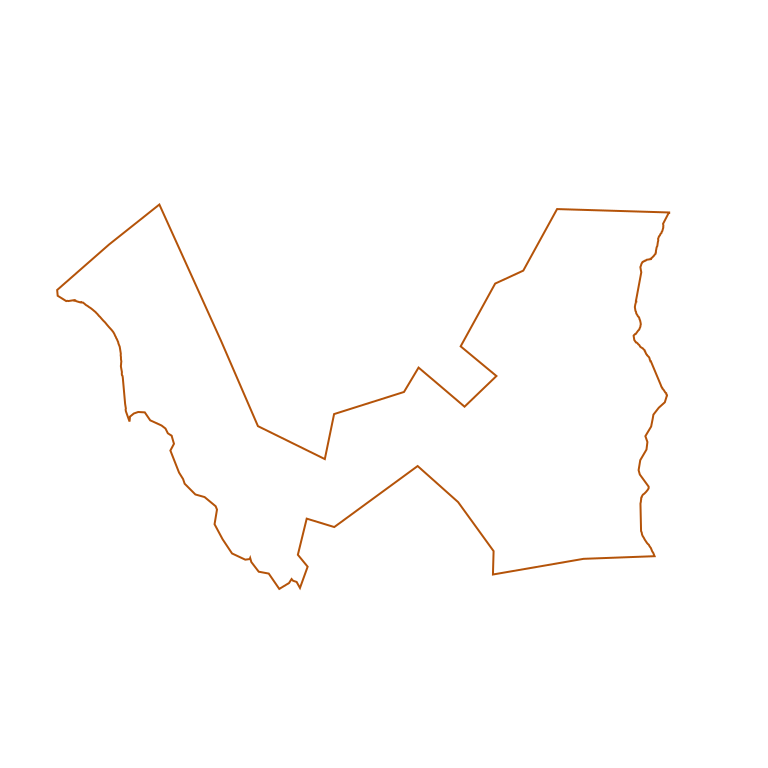 Chinhoyi, Mashonaland West, Zimbabwe (Natural Earth projection), rotated 351°
{"feature_id": "62879985B33346343467018", "entity_name": "Chinhoyi", "entity_type": "district", "adm_level": 2, "iso_a3": "ZWE", "parent_name": "Zimbabwe", "parent_adm1": "Mashonaland West", "projection": "natural_earth1", "projection_center": [30.145, -17.351], "detail": "fine", "context": "isolated", "style": "outline", "palette": "amber", "viewbox_px": 768, "rotation_deg": 351, "n_neighbors": 0, "source": "geoboundaries", "source_scale": "gbopen_adm2", "svg_char_len": 4369}
<svg xmlns="http://www.w3.org/2000/svg" viewBox="0 0 768 768"><g transform="rotate(351 384 384)"><path d="M692.5,259.2L582.3,238.3L539.3,293.8L509.5,302.2L465.6,358.8L496.3,393.7L460.0,419.0L443.5,399.7L420.7,373.2L402.5,395.0L330.0,405.9L313.8,448.9L252.9,405.9L229.7,315.5L229.6,315.2L204.1,222.2L190.2,171.6L134.3,203.2L75.9,240.0L75.5,245.8L83.1,252.4L83.8,252.3L84.2,252.3L85.2,252.7L90.6,252.7L91.0,252.7L91.0,253.1L91.4,253.1L91.7,253.1L92.1,253.1L92.1,253.5L92.5,253.5L92.9,254.0L96.4,255.7L96.8,255.7L97.6,255.7L97.6,256.1L99.5,256.5L99.9,257.0L100.7,257.8L101.4,258.7L102.2,259.6L103.4,260.5L104.6,261.8L106.1,263.1L107.7,264.8L108.8,266.1L109.6,267.0L110.4,267.9L111.2,269.2L111.9,270.0L112.3,270.9L112.7,271.3L113.1,272.2L113.9,273.1L114.7,274.4L115.5,275.7L116.6,277.4L118.2,279.6L119.7,282.2L121.3,284.8L122.5,286.6L123.6,288.3L124.8,290.5L125.6,292.7L126.0,294.4L126.4,295.3L126.8,297.1L127.2,297.9L127.6,299.7L128.0,301.0L128.0,302.3L128.4,304.1L128.8,305.8L128.8,307.6L128.8,311.1L128.8,312.8L128.4,314.6L128.4,316.3L128.1,318.1L128.1,320.7L127.7,322.0L127.3,323.8L126.9,325.1L126.9,327.3L127.0,331.2L126.6,333.0L126.6,334.3L127.0,335.1L127.0,335.6L127.0,336.5L127.0,336.9L125.2,363.1L125.2,364.4L125.2,365.3L125.2,366.2L125.2,367.5L125.2,367.9L124.8,368.8L124.8,369.7L124.8,370.1L124.8,370.6L126.8,381.3L128.0,376.5L132.3,374.0L136.8,373.2L143.3,374.6L147.4,383.3L157.8,390.2L161.2,393.8L162.8,398.9L166.2,401.9L166.2,402.3L167.2,410.2L162.6,416.3L167.7,439.4L170.7,446.5L171.5,451.3L180.4,463.6L189.1,467.6L198.6,478.4L199.4,481.9L194.7,496.0L200.3,512.1L207.4,527.6L219.5,535.8L224.0,535.9L224.6,534.9L225.1,539.1L230.9,549.8L240.5,553.2L248.5,570.0L259.1,565.7L262.2,562.2L263.4,564.1L266.7,565.8L269.1,572.3L280.0,552.5L272.2,539.2L286.6,504.9L312.5,517.5L403.8,470.6L404.4,470.3L438.7,512.2L466.1,566.2L461.8,589.2L475.3,589.0L553.8,587.9L624.3,596.4L623.9,594.7L623.5,592.9L622.7,591.2L622.3,589.4L621.9,587.7L621.2,586.4L620.8,585.5L620.4,584.2L619.6,583.3L618.8,582.0L617.2,578.5L616.5,576.4L615.7,574.6L615.3,572.9L615.3,571.1L614.9,569.4L618.6,542.2L619.3,540.4L619.7,538.7L620.1,537.8L620.1,536.9L620.5,536.5L620.9,536.0L620.9,535.6L621.3,535.2L621.6,534.7L622.4,533.8L624.0,533.0L625.9,531.6L627.8,529.9L629.0,528.5L629.3,527.2L629.3,526.7L622.5,513.4L622.1,509.9L622.0,508.9L625.2,499.3L633.0,489.8L635.1,482.5L634.0,476.4L641.2,467.8L643.9,460.5L645.3,456.4L651.7,450.4L658.5,446.0L661.3,440.3L661.7,439.9L661.7,439.4L661.7,439.0L661.3,438.6L661.3,437.2L660.5,436.4L659.4,433.8L658.6,432.5L658.2,432.0L658.2,431.1L657.8,430.7L657.4,429.4L657.4,429.0L651.1,403.2L650.7,403.2L650.7,402.8L650.3,401.5L650.3,400.2L649.9,398.9L648.3,396.7L648.3,396.2L647.9,395.8L647.5,394.9L647.5,394.5L647.1,393.6L647.1,392.7L646.7,392.3L646.7,391.4L646.0,390.6L645.6,390.0L645.2,389.3L643.6,388.0L642.8,387.1L642.4,385.8L642.1,385.3L641.3,384.5L640.9,383.6L640.5,383.2L640.1,382.7L639.3,382.3L639.3,381.9L638.9,381.4L638.1,379.7L638.1,379.2L638.1,378.8L638.1,377.9L638.1,377.1L638.1,376.2L638.1,375.7L638.1,375.3L638.5,374.9L639.3,374.4L639.7,374.0L640.0,374.0L640.4,374.0L643.5,370.9L644.3,370.4L644.7,370.0L645.1,369.1L645.8,368.2L646.2,367.4L646.6,366.0L647.0,365.2L647.0,364.3L647.0,363.0L646.9,362.1L646.9,361.2L646.6,360.4L646.5,359.9L646.5,359.0L646.1,357.7L645.4,356.9L645.0,355.6L644.2,353.8L644.2,352.1L643.8,351.2L643.8,350.3L643.8,349.4L643.8,349.0L643.8,348.1L643.8,347.2L644.1,346.4L644.5,345.1L644.9,344.2L645.3,343.3L645.7,342.4L645.7,342.0L646.1,342.0L646.1,341.1L646.0,340.7L646.4,339.8L655.6,313.9L655.5,311.3L655.5,310.4L655.5,309.5L655.5,308.6L656.3,307.3L656.7,306.4L657.1,305.6L657.8,304.7L658.2,304.2L658.6,303.8L659.4,303.8L660.1,303.3L660.9,303.3L661.3,302.9L662.1,302.9L662.8,302.4L664.0,302.4L664.8,302.4L666.3,302.4L666.7,302.4L667.1,302.4L667.1,302.0L667.5,302.0L667.9,301.5L668.6,301.1L669.8,300.2L671.0,299.3L671.7,298.4L672.5,298.0L672.9,297.1L672.9,296.7L673.3,296.2L673.3,295.4L673.6,294.5L674.0,293.6L674.4,292.3L674.8,291.4L675.5,290.5L675.9,289.2L676.3,287.9L676.7,286.6L677.1,285.7L677.4,284.8L677.4,283.5L678.2,282.2L678.6,281.3L679.7,280.4L680.5,279.1L681.7,278.2L682.0,277.3L682.8,276.5L683.2,275.6L683.6,274.7L684.0,273.8L684.3,273.4L684.3,272.5L684.7,271.6L684.7,271.2L684.7,270.3L684.7,269.4L691.2,260.6L691.6,259.8L692.0,259.8L692.4,259.8L692.5,259.2Z" fill="none" stroke="#b45309" stroke-width="2"/></g></svg>